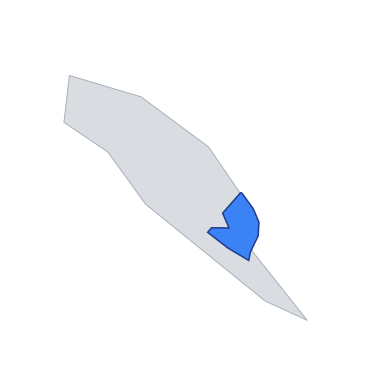 Ngardmau highlighted on a map of Palau, rotated 122°
{"feature_id": "PLW-5253", "entity_name": "Ngardmau", "entity_type": "state/province", "adm_level": 1, "iso_a3": "PLW", "parent_name": "Palau", "parent_adm1": "", "projection": "equal_earth", "projection_center": [134.587, 7.599], "detail": "fine", "context": "in_parent", "style": "filled", "palette": "blue", "viewbox_px": 384, "rotation_deg": 122, "n_neighbors": 0, "source": "natural_earth", "source_scale": "10m", "svg_char_len": 531}
<svg xmlns="http://www.w3.org/2000/svg" viewBox="0 0 384 384"><g transform="rotate(122 192 192)"><path d="M200.8,337.5L158.2,357.7L138.3,285.6L145.0,202.0L173.1,137.7L203.8,117.1L210.1,109.8L239.8,26.3L245.7,72.3L226.9,225.0L202.7,284.5L200.8,337.5Z" fill="#d9dde1" stroke="#a8b0b8" stroke-width="1"/><path d="M167.0,150.5L166.4,149.3L173.9,130.9L182.3,119.1L194.2,112.6L211.8,110.7L220.0,107.6L220.5,131.9L217.9,157.4L212.0,156.5L202.9,141.6L193.7,154.8L167.0,150.5Z" fill="#3b82f6" stroke="#1e3a8a" stroke-width="1.5"/></g></svg>